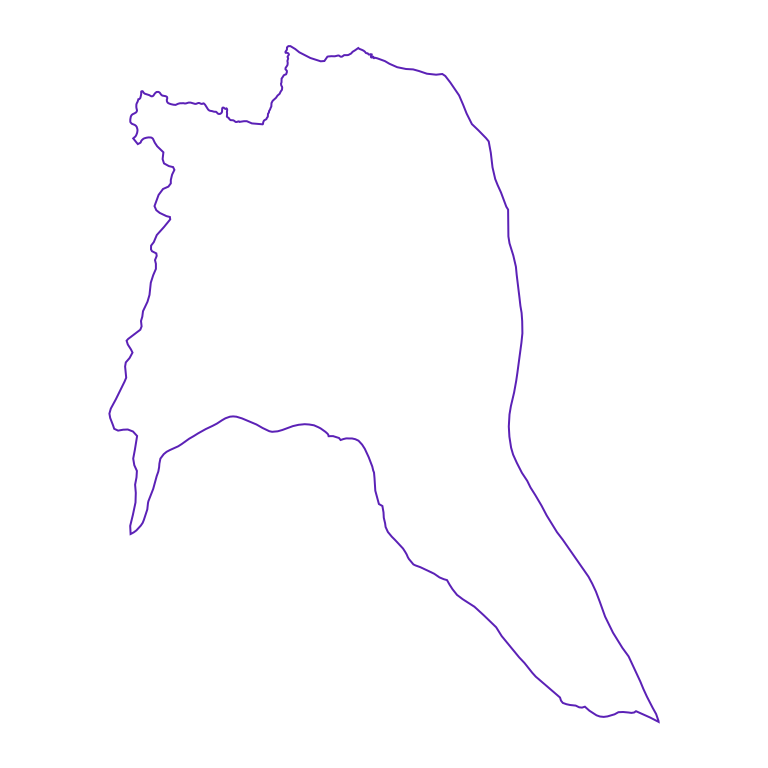 the district of Sangthong, Vientiane [prefecture], Laos
{"feature_id": "54806243B2404656271674", "entity_name": "Sangthong", "entity_type": "district", "adm_level": 2, "iso_a3": "LAO", "parent_name": "Laos", "parent_adm1": "Vientiane [prefecture]", "projection": "mercator", "projection_center": [102.117, 18.241], "detail": "fine", "context": "isolated", "style": "outline", "palette": "violet", "viewbox_px": 768, "rotation_deg": 0, "n_neighbors": 0, "source": "geoboundaries", "source_scale": "gbopen_adm2", "svg_char_len": 5995}
<svg xmlns="http://www.w3.org/2000/svg" viewBox="0 0 768 768"><path d="M138.4,99.2L137.6,101.7L136.9,103.0L136.4,104.3L136.3,106.4L136.4,107.8L137.0,110.3L136.8,111.3L136.2,112.3L134.6,113.3L132.7,114.2L131.8,114.9L131.3,115.6L130.8,116.7L130.3,119.4L130.3,121.5L130.4,122.1L130.8,122.7L131.9,123.8L134.7,124.9L135.9,125.8L136.7,126.9L137.4,129.2L137.5,130.4L137.3,131.8L137.1,132.9L136.3,135.0L135.5,136.4L133.2,138.4L137.8,144.1L140.3,142.8L140.7,142.4L141.1,141.2L142.1,139.9L143.4,138.8L144.4,138.3L146.6,137.7L148.6,137.4L150.8,137.5L151.6,137.7L152.3,138.2L152.8,138.6L153.2,139.3L154.8,142.7L157.2,146.3L163.4,152.3L162.6,159.1L164.0,163.4L168.9,166.1L173.1,167.1L174.4,169.9L172.1,174.6L170.8,180.0L170.8,183.4L168.4,186.6L163.0,189.0L158.6,194.9L154.5,206.1L156.3,210.2L159.7,212.9L166.4,216.1L169.9,217.0L170.2,219.4L164.0,227.0L156.8,235.0L153.8,242.1L151.1,245.6L151.0,249.4L152.0,251.2L156.3,253.4L156.7,255.9L155.0,260.1L155.9,263.8L155.9,268.9L153.2,275.2L150.8,282.7L149.5,294.9L147.5,301.7L143.0,311.2L142.3,316.7L141.0,321.0L141.6,326.4L140.3,329.7L128.2,338.9L126.6,340.7L127.8,344.5L131.0,349.5L132.5,352.6L129.6,358.0L125.8,362.4L125.1,366.5L126.2,377.7L124.6,381.5L115.9,399.2L110.8,408.6L109.4,413.6L110.2,418.0L113.1,425.5L114.2,428.8L118.1,430.6L123.2,429.7L127.8,429.5L133.0,431.5L137.1,436.0L134.9,449.6L133.2,458.6L134.3,465.2L136.9,470.9L136.5,477.3L135.1,484.7L135.8,492.9L135.5,502.5L132.9,514.8L130.2,525.9L130.6,534.0L133.7,532.4L136.4,530.4L140.8,525.6L142.7,522.8L143.9,519.8L147.3,509.4L148.0,503.0L148.4,501.2L153.2,488.9L156.7,476.1L158.3,471.6L159.1,467.3L159.4,463.6L160.4,458.6L163.7,454.2L166.6,451.8L170.0,450.0L178.2,446.3L181.5,444.2L189.2,438.7L193.7,436.1L198.2,433.3L205.7,429.1L212.5,425.9L216.9,423.6L222.1,420.2L225.4,418.3L229.9,416.7L233.1,416.4L236.4,416.7L242.0,418.4L256.5,424.5L262.6,428.0L269.3,431.2L272.1,431.8L277.7,431.3L282.3,430.0L292.9,426.1L298.6,424.8L304.7,424.2L309.2,424.5L314.0,425.3L318.5,427.3L320.6,428.4L325.4,431.8L327.5,433.7L328.2,434.6L328.6,436.2L333.0,436.1L339.0,438.0L340.6,440.0L343.6,439.0L346.2,438.4L352.2,438.5L355.3,439.2L358.5,440.7L362.1,444.6L364.8,448.8L368.7,457.2L372.3,466.6L373.2,470.5L374.0,472.5L374.5,478.0L375.3,490.7L378.9,504.0L382.4,506.0L383.5,512.4L383.8,517.8L385.1,523.3L385.6,527.0L387.9,532.0L391.8,536.7L394.9,539.8L403.0,548.5L405.2,551.9L406.7,554.5L407.8,557.1L408.9,559.0L413.4,564.4L415.4,565.4L420.4,567.2L434.1,573.7L439.5,577.4L443.8,579.2L447.0,580.1L449.6,584.7L452.5,589.2L457.0,594.9L462.7,599.2L474.5,606.8L483.8,615.3L496.2,627.3L501.7,636.1L519.2,657.4L524.5,663.0L532.2,672.7L535.7,676.6L560.0,697.5L561.0,700.6L562.8,702.9L566.4,704.2L570.1,705.0L575.7,705.6L579.2,707.3L582.0,707.6L584.9,706.7L589.4,710.7L596.5,715.3L599.9,716.5L603.7,716.9L607.5,716.4L614.6,714.3L618.4,712.2L623.1,712.0L628.5,712.5L631.4,712.9L634.1,712.5L636.0,711.2L650.3,717.6L658.6,721.9L658.5,720.9L656.1,714.0L652.6,707.7L646.9,696.6L643.4,689.0L640.3,681.5L628.6,656.4L622.4,647.9L613.0,632.7L605.1,616.6L599.8,601.8L595.9,591.5L592.3,583.8L588.5,576.7L562.6,539.5L557.0,532.2L546.7,515.5L541.5,505.6L535.3,495.1L530.5,487.5L527.2,480.8L521.9,472.8L516.8,462.8L513.1,454.6L511.1,447.7L509.4,436.7L508.8,426.5L509.5,414.4L510.9,406.1L514.1,392.5L516.2,380.9L517.4,372.7L521.4,342.9L522.4,333.3L522.2,321.3L521.6,312.9L520.4,305.8L519.5,297.9L516.7,274.9L515.9,266.7L513.3,255.5L509.5,243.3L508.4,236.4L508.1,209.6L506.3,206.7L501.0,192.5L497.6,185.0L495.2,179.0L492.5,167.3L490.8,152.8L488.7,141.4L486.0,138.1L478.5,130.4L471.9,124.1L466.6,113.5L463.1,104.7L459.1,95.4L450.3,82.5L445.3,76.0L442.3,74.0L436.1,74.7L426.9,73.7L418.9,71.0L413.1,69.4L406.0,69.0L397.2,67.2L389.5,63.8L384.9,61.1L377.2,58.3L375.2,57.8L374.7,57.8L374.0,58.2L373.6,58.0L373.5,57.2L373.3,56.8L372.7,56.8L372.0,57.4L371.6,57.5L371.1,57.3L370.9,56.7L371.0,56.0L371.8,54.9L371.7,54.4L370.6,54.2L369.2,54.6L368.7,54.5L367.6,53.3L366.4,53.2L365.8,52.9L364.9,51.7L363.6,50.7L362.0,49.9L359.2,48.8L358.3,48.0L355.2,50.2L352.6,51.8L351.1,53.5L348.5,54.9L347.5,55.1L344.2,55.1L342.5,56.3L341.8,56.7L341.0,56.7L340.5,56.6L338.8,55.5L338.1,55.5L334.8,56.3L331.3,56.2L328.0,56.5L327.4,56.7L324.4,61.0L320.7,61.3L310.4,58.0L299.3,52.3L295.2,49.0L290.4,46.1L288.4,46.1L287.0,47.4L286.9,49.7L285.5,51.7L285.5,52.5L285.7,52.8L287.0,52.8L287.9,53.1L288.5,53.6L288.9,54.5L288.7,55.0L287.6,56.6L287.6,57.1L288.1,58.2L288.1,58.7L287.4,61.0L287.7,62.7L287.6,64.3L287.3,65.4L285.6,67.9L285.5,68.4L285.5,69.3L286.8,70.7L286.9,72.0L286.2,74.1L285.9,74.4L284.4,74.9L283.7,75.4L283.0,76.6L281.6,78.6L281.5,82.3L281.0,83.8L281.3,85.5L282.0,86.7L282.2,87.7L282.0,89.4L281.8,90.0L280.7,91.5L279.6,93.8L277.5,95.6L276.0,97.8L273.0,100.5L272.5,101.1L271.5,103.1L271.3,106.6L270.7,107.7L270.0,109.6L269.1,111.0L268.9,112.5L268.0,113.8L267.8,116.7L266.9,117.9L266.3,119.2L264.6,120.1L263.9,120.7L263.2,122.3L263.0,123.9L262.6,124.3L251.9,123.4L246.8,121.2L244.0,121.2L239.4,121.9L239.1,121.5L238.3,121.4L237.0,121.9L235.9,122.0L235.0,121.5L234.2,120.8L233.2,120.3L230.5,120.1L229.4,119.1L228.6,117.9L227.3,117.1L226.9,116.5L227.1,113.6L226.9,112.2L227.2,109.9L226.9,108.8L226.5,108.4L225.3,108.9L223.6,107.6L222.6,107.7L222.2,108.4L222.0,111.9L221.4,113.0L220.3,113.8L219.0,114.0L217.7,113.5L216.9,112.5L216.0,111.8L214.0,111.7L212.0,111.1L210.1,110.8L209.0,110.3L208.1,109.5L205.0,104.6L203.7,103.4L203.2,103.4L202.5,103.8L201.3,103.9L199.2,103.0L198.3,103.0L195.9,103.9L195.1,103.9L190.6,102.6L188.6,102.6L186.0,103.4L184.9,103.5L183.5,103.2L179.8,103.3L178.0,103.8L175.6,104.9L173.4,104.7L171.1,104.2L169.3,103.6L168.1,103.0L167.6,102.5L167.2,101.9L166.9,101.1L166.8,99.7L167.2,98.7L167.2,97.8L167.1,97.2L166.8,96.8L165.7,96.2L162.5,95.6L162.0,95.4L161.0,94.5L159.9,92.9L159.4,92.4L158.3,91.9L156.5,92.0L154.9,93.4L153.5,95.5L152.6,96.2L151.3,96.3L149.2,95.1L144.8,93.7L143.7,92.8L142.8,91.4L142.5,91.2L141.9,91.2L141.3,91.5L141.2,91.8L141.2,94.2L140.4,97.7L140.2,98.1L139.3,99.1L138.4,99.2Z" fill="none" stroke="#5b21b6" stroke-width="2"/></svg>